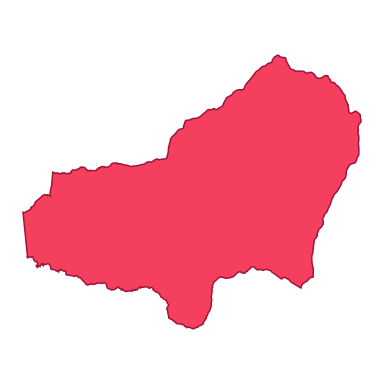 the district of Ginebra, Valle del Cauca, Colombia
{"feature_id": "7082276B86237155674580", "entity_name": "Ginebra", "entity_type": "district", "adm_level": 2, "iso_a3": "COL", "parent_name": "Colombia", "parent_adm1": "Valle del Cauca", "projection": "natural_earth1", "projection_center": [-76.22, 3.747], "detail": "fine", "context": "isolated", "style": "filled", "palette": "rose", "viewbox_px": 384, "rotation_deg": 0, "n_neighbors": 0, "source": "geoboundaries", "source_scale": "gbopen_adm2", "svg_char_len": 5921}
<svg xmlns="http://www.w3.org/2000/svg" viewBox="0 0 384 384"><path d="M226.5,97.7L223.5,103.6L222.6,106.0L218.4,108.4L217.0,109.5L215.6,109.6L214.0,108.5L210.6,110.0L209.4,109.5L208.4,109.6L207.3,110.2L205.8,111.9L202.8,114.2L200.9,116.1L199.5,117.0L196.2,118.4L193.9,118.4L192.0,118.8L189.7,120.0L185.6,120.4L184.1,124.5L183.2,128.2L181.9,129.0L179.6,129.2L178.2,130.1L175.0,134.1L172.1,136.8L170.8,138.5L168.4,148.1L168.3,152.0L167.0,156.7L167.0,157.9L165.6,158.7L164.5,159.1L162.3,159.1L159.2,159.8L157.2,159.0L156.3,159.0L151.4,162.1L148.5,161.7L145.9,162.8L144.9,163.9L135.1,166.1L133.5,165.9L131.9,166.5L130.1,166.3L127.8,165.4L123.7,164.9L121.7,164.1L119.3,163.7L117.9,164.0L117.6,163.2L116.9,162.9L114.8,163.2L113.5,163.0L111.8,163.7L110.1,166.0L107.7,167.0L104.9,167.2L104.1,166.6L103.1,166.6L102.4,166.9L101.5,166.4L100.0,168.0L99.3,167.7L98.7,167.8L98.2,168.6L96.7,169.5L96.2,170.6L92.6,170.7L90.8,170.3L90.0,170.8L89.6,170.5L89.0,170.9L88.1,170.4L87.5,170.6L86.7,169.5L85.2,168.6L85.1,167.8L84.8,167.5L81.3,167.0L80.3,167.3L79.6,168.3L78.6,168.7L78.1,169.4L77.5,169.3L77.3,169.6L76.5,169.4L76.0,170.1L74.7,170.4L73.9,170.3L73.6,169.8L72.6,170.0L71.1,171.3L70.9,171.8L71.2,172.6L70.3,173.1L70.0,173.6L69.5,173.3L68.9,173.5L67.8,173.2L67.1,173.9L66.4,174.0L65.0,173.1L64.3,173.1L64.0,172.6L62.6,173.6L61.9,172.9L60.8,173.7L59.5,173.9L57.8,172.8L57.4,173.3L56.9,173.1L56.0,173.5L55.0,172.9L53.8,172.6L53.4,172.7L52.8,172.2L51.6,185.6L50.0,192.6L50.4,195.9L49.5,195.2L48.6,195.0L47.6,194.8L47.2,195.5L46.8,195.5L45.6,194.5L43.1,195.2L40.2,197.9L35.6,201.7L33.8,205.7L31.0,207.3L30.6,209.5L29.7,209.6L28.4,210.7L27.2,211.1L26.6,211.6L24.3,212.6L23.0,212.3L27.3,254.6L27.2,257.6L28.2,257.6L28.2,256.9L31.3,257.2L32.2,256.6L32.7,256.9L34.0,260.3L35.0,261.0L35.3,261.7L36.6,261.6L37.4,262.4L37.6,265.4L36.5,265.3L36.2,265.5L37.2,267.5L37.5,267.5L38.1,266.1L38.5,265.8L40.0,266.6L40.1,265.7L40.6,265.3L41.0,264.4L42.0,264.4L42.5,263.5L42.8,263.9L42.6,265.2L43.3,265.8L44.0,264.6L44.6,264.5L45.1,264.1L46.1,264.4L47.2,263.8L48.3,263.8L49.6,264.7L50.8,267.3L50.8,269.0L51.6,269.6L54.3,269.6L55.6,270.2L56.2,271.0L57.6,271.1L58.6,272.0L58.9,271.9L58.7,270.6L58.9,270.1L60.5,270.2L61.4,269.4L62.6,270.8L64.7,271.1L65.9,271.9L66.2,272.9L65.8,274.3L67.1,275.1L68.2,274.9L70.1,275.5L72.0,275.6L74.6,276.5L76.5,275.5L78.6,277.5L79.9,277.6L80.7,278.1L82.7,280.6L83.8,281.3L86.0,284.3L87.1,285.0L89.9,284.5L91.1,283.5L91.5,283.6L92.2,284.4L92.7,284.4L95.6,283.9L97.2,283.1L99.0,283.2L100.9,282.9L101.8,283.6L102.7,283.1L105.2,283.0L106.3,284.2L106.8,286.5L107.5,288.2L108.2,288.7L109.8,288.7L110.9,289.9L112.2,290.0L114.8,289.4L116.4,288.4L117.5,287.1L118.0,287.0L119.4,288.3L120.4,288.6L121.5,290.1L121.9,290.0L122.2,289.1L122.6,289.1L123.6,290.5L125.7,291.5L127.6,291.2L128.6,290.7L129.6,291.1L132.6,291.0L132.8,289.8L135.0,290.3L135.4,290.2L135.3,289.5L136.9,289.9L137.5,289.7L137.9,288.7L138.7,288.1L139.2,287.3L139.5,287.3L140.2,288.0L140.7,288.0L141.2,286.7L142.7,287.3L146.8,286.7L149.3,288.3L151.1,287.4L151.8,287.4L153.0,288.7L153.2,290.1L154.3,290.4L155.5,291.9L158.1,292.5L158.5,293.0L160.0,294.9L160.8,296.9L162.4,297.7L163.8,299.0L166.1,300.3L167.3,303.0L168.5,304.7L168.6,305.6L167.2,307.2L166.8,309.2L167.6,310.4L167.9,313.3L168.8,316.6L168.6,317.9L170.1,318.6L171.1,319.4L172.3,319.6L173.0,320.7L173.8,320.9L174.5,321.8L175.3,322.0L176.1,323.2L176.9,323.6L177.9,323.9L179.3,323.6L181.7,324.6L183.2,324.5L184.0,325.1L184.7,326.3L186.0,326.7L186.7,327.7L188.2,327.1L190.5,327.7L192.6,328.7L193.8,328.8L194.4,328.2L195.3,328.1L196.0,327.4L197.6,327.3L198.9,325.9L201.1,325.2L203.3,323.7L203.5,323.3L203.6,321.8L205.2,319.8L205.4,319.1L206.3,318.4L206.2,316.8L207.3,315.6L208.1,313.0L209.8,310.6L211.3,305.8L211.2,302.6L211.8,300.6L211.2,297.2L211.8,293.3L211.6,292.5L212.1,291.8L212.2,290.6L211.7,288.4L212.5,287.7L212.7,285.2L213.5,282.6L218.6,277.9L219.5,277.4L220.7,277.1L222.5,277.3L225.9,278.3L230.2,277.8L231.6,277.1L233.2,276.8L237.2,272.9L239.1,271.9L240.0,271.8L242.4,273.0L243.8,273.2L245.1,273.0L246.1,271.7L247.3,271.3L248.1,270.1L250.4,268.4L251.3,267.2L252.2,266.8L253.4,266.9L255.0,267.8L255.9,268.9L257.2,269.8L258.4,269.9L260.1,269.3L263.3,270.4L265.4,269.5L266.6,269.4L270.7,270.7L272.2,272.4L274.4,273.7L281.4,279.0L281.7,279.0L283.7,277.4L285.3,277.6L289.3,280.0L291.2,282.2L300.9,288.0L301.9,284.8L303.3,283.3L307.2,280.9L310.2,277.7L310.7,277.4L312.4,277.3L313.4,276.8L313.1,274.8L313.4,269.3L312.1,263.7L311.7,258.1L312.0,255.3L312.7,253.3L314.0,242.0L314.6,239.5L315.8,238.1L317.2,235.9L317.5,233.0L318.9,229.5L319.2,229.0L321.3,227.2L323.2,224.1L323.3,221.5L322.5,218.9L323.7,216.9L324.8,214.0L326.5,212.5L327.5,210.6L328.2,208.6L330.4,204.1L331.9,199.1L333.2,196.9L333.8,194.8L336.0,192.7L338.1,190.0L341.2,184.4L342.0,181.5L344.4,179.2L345.5,177.6L346.1,174.7L346.6,169.7L347.8,168.2L349.2,165.5L350.3,164.5L352.5,163.5L354.5,163.2L355.6,162.0L356.4,160.6L356.8,158.5L358.8,154.9L358.9,149.6L358.4,143.0L358.8,141.0L358.8,136.6L358.0,132.5L358.3,130.6L358.0,127.1L359.0,123.9L360.5,122.7L360.9,121.6L361.0,120.4L360.4,117.7L360.2,114.9L359.9,114.4L358.3,113.0L356.8,111.8L355.4,111.2L351.8,113.2L351.1,113.3L350.3,113.2L349.1,112.2L348.7,110.9L348.1,104.9L345.6,99.8L344.9,95.3L343.3,93.8L341.9,91.0L340.9,90.0L340.2,88.6L338.0,86.1L336.2,84.9L334.5,82.9L333.4,82.4L331.0,82.1L330.1,79.4L328.8,78.4L327.7,75.8L326.6,75.6L324.6,75.8L321.9,77.6L320.4,78.4L319.4,78.4L316.4,77.6L314.6,74.6L312.4,72.8L311.2,72.3L309.4,72.5L307.2,73.2L305.9,73.0L303.8,71.4L300.1,71.1L295.6,71.2L293.4,69.8L290.6,69.0L286.5,61.5L285.5,57.8L280.1,57.0L279.1,55.8L278.1,55.2L276.8,55.5L276.4,56.0L275.1,56.6L273.6,58.0L272.4,60.2L271.6,62.4L271.2,62.7L269.6,62.9L267.2,64.0L265.6,65.7L262.1,66.7L258.8,69.9L256.0,71.8L250.2,79.4L246.7,83.3L245.2,85.6L244.7,87.4L243.0,89.8L239.2,89.7L237.4,90.0L235.3,91.0L233.3,92.5L232.1,94.4L231.1,95.3L226.5,97.7Z" fill="#f43f5e" stroke="#9f1239" stroke-width="1.5"/></svg>